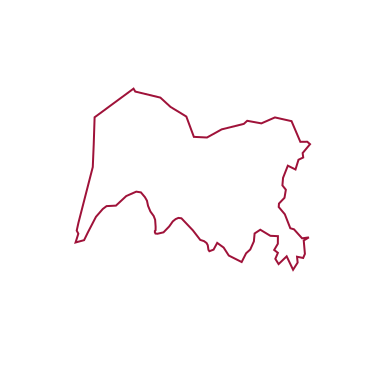 outline of St. Mary, Louisiana, United States of America, rotated 329°
{"feature_id": "52423323B82500281635270", "entity_name": "St. Mary", "entity_type": "district", "adm_level": 2, "iso_a3": "USA", "parent_name": "United States of America", "parent_adm1": "Louisiana", "projection": "equal_earth", "projection_center": [-91.446, 29.674], "detail": "fine", "context": "isolated", "style": "outline", "palette": "rose", "viewbox_px": 384, "rotation_deg": 329, "n_neighbors": 0, "source": "geoboundaries", "source_scale": "gbopen_adm2", "svg_char_len": 1342}
<svg xmlns="http://www.w3.org/2000/svg" viewBox="0 0 384 384"><g transform="rotate(329 192 192)"><path d="M195.1,73.3L147.0,77.8L132.2,100.7L119.8,119.5L78.9,159.8L73.3,165.7L73.1,169.2L66.2,175.3L74.7,177.7L82.1,172.9L96.9,163.8L106.8,160.6L111.5,160.1L119.8,164.5L133.6,161.6L144.4,163.0L148.0,166.0L149.0,172.2L148.9,176.3L147.2,181.2L146.3,187.3L146.8,192.8L146.1,196.8L142.9,203.1L141.1,206.0L140.1,206.3L139.4,207.5L139.3,208.8L140.9,210.0L146.8,211.9L154.7,209.8L160.4,207.3L164.0,206.8L167.0,207.2L169.4,209.1L173.0,225.3L174.4,237.3L177.0,240.3L178.2,243.2L178.1,245.7L176.3,250.1L176.4,251.7L180.8,252.5L187.4,248.6L190.5,255.9L190.8,265.4L198.5,277.6L206.8,272.4L212.3,271.3L219.6,266.2L224.3,259.8L231.1,259.5L236.6,269.9L242.9,274.1L238.9,280.6L232.6,284.0L234.3,288.4L229.0,292.2L229.1,298.4L240.0,295.9L238.6,310.7L246.2,306.9L248.7,301.6L253.3,305.8L256.9,303.2L262.8,291.1L268.8,291.1L262.5,288.4L260.2,276.5L257.6,273.7L260.1,258.9L258.6,249.5L260.6,246.7L268.3,244.6L273.6,238.4L272.9,232.9L277.3,226.8L287.7,218.8L292.3,226.0L299.9,219.2L305.1,219.7L306.9,215.6L317.8,211.8L316.7,208.3L310.7,204.8L313.8,182.5L312.3,181.1L301.5,170.8L286.8,168.9L276.0,159.4L271.5,160.3L249.7,153.6L232.9,153.0L222.0,145.7L226.0,124.4L217.4,108.0L213.5,94.8L195.1,76.7L195.1,73.3Z" fill="none" stroke="#9f1239" stroke-width="2"/></g></svg>